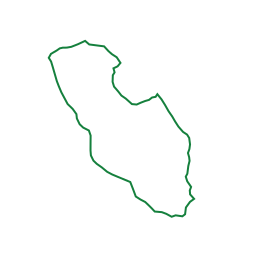 Marituba, Pará, Brazil, rotated 148°
{"feature_id": "56859067B82724745768816", "entity_name": "Marituba", "entity_type": "district", "adm_level": 2, "iso_a3": "BRA", "parent_name": "Brazil", "parent_adm1": "Pará", "projection": "equal_earth", "projection_center": [-48.323, -1.397], "detail": "fine", "context": "isolated", "style": "outline", "palette": "green", "viewbox_px": 256, "rotation_deg": 148, "n_neighbors": 0, "source": "geoboundaries", "source_scale": "gbopen_adm2", "svg_char_len": 1237}
<svg xmlns="http://www.w3.org/2000/svg" viewBox="0 0 256 256"><g transform="rotate(148 128 128)"><path d="M158.0,229.5L158.0,225.1L159.6,219.2L163.5,205.5L164.5,200.4L165.6,193.6L166.5,180.3L164.8,173.5L164.4,167.1L166.3,163.2L167.0,156.8L165.8,152.1L162.5,146.6L163.7,141.4L166.7,136.7L171.7,128.8L174.0,124.4L174.6,118.6L173.5,114.2L171.1,108.5L168.9,101.9L166.0,96.9L162.2,91.5L154.7,81.0L156.0,74.1L157.7,65.8L155.3,60.7L152.6,56.1L151.3,51.0L150.4,47.1L149.6,43.0L143.9,38.7L141.0,34.9L138.0,29.6L133.9,28.7L128.7,24.3L125.3,24.6L121.0,29.9L114.6,32.5L109.5,32.9L110.5,38.8L108.7,42.3L105.7,44.6L106.0,51.4L104.8,56.1L101.9,57.8L99.6,60.6L97.0,63.8L93.2,67.5L91.6,70.9L90.4,75.0L87.1,77.6L84.1,81.2L81.4,87.1L81.4,91.1L83.4,95.5L84.5,102.5L84.6,108.7L84.4,114.2L84.7,120.7L84.4,128.0L84.4,134.5L85.2,141.1L88.1,139.8L91.4,141.1L95.3,140.7L99.1,141.8L103.8,142.7L108.2,143.3L112.0,146.2L114.3,154.1L116.4,159.0L116.9,163.9L117.9,170.5L116.6,175.3L112.9,180.8L109.9,182.3L108.7,186.3L104.2,185.8L99.9,187.2L100.1,194.0L102.5,199.1L103.8,203.4L105.0,209.9L116.6,219.4L118.2,224.6L126.2,225.6L133.1,226.9L137.3,228.6L140.8,230.7L143.7,231.7L147.3,231.5L154.0,231.7L158.0,229.5Z" fill="none" stroke="#15803d" stroke-width="2"/></g></svg>